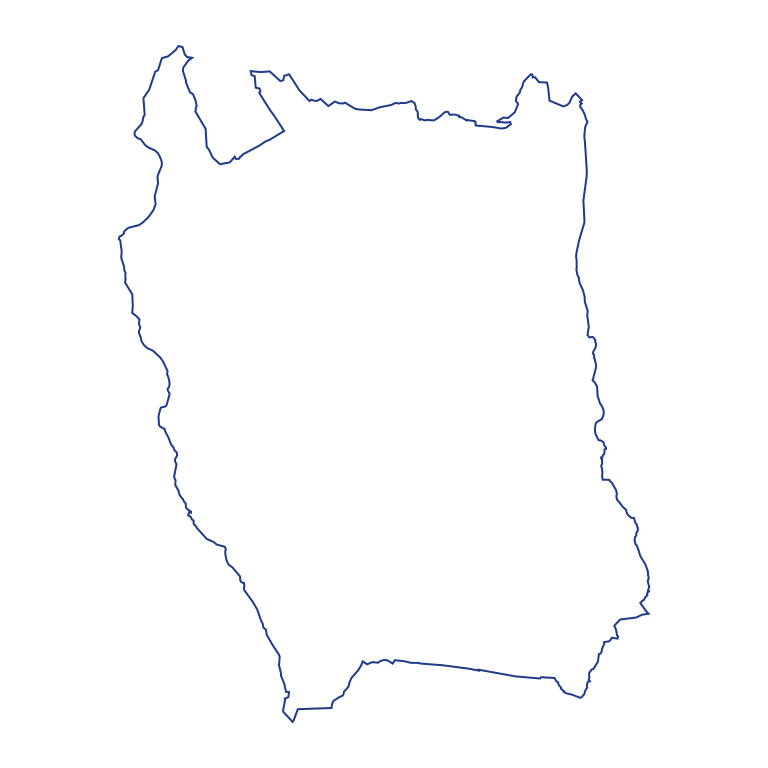 Malureni, Arges, Romania
{"feature_id": "2599482B85608070722935", "entity_name": "Malureni", "entity_type": "district", "adm_level": 2, "iso_a3": "ROU", "parent_name": "Romania", "parent_adm1": "Arges", "projection": "robinson", "projection_center": [24.772, 45.057], "detail": "fine", "context": "isolated", "style": "outline", "palette": "blue", "viewbox_px": 768, "rotation_deg": 0, "n_neighbors": 0, "source": "geoboundaries", "source_scale": "gbopen_adm2", "svg_char_len": 6077}
<svg xmlns="http://www.w3.org/2000/svg" viewBox="0 0 768 768"><path d="M646.0,611.0L640.3,602.9L642.9,600.3L644.0,599.9L645.2,597.3L647.4,595.2L647.0,593.9L647.5,592.7L648.9,591.3L647.9,591.0L649.2,586.7L647.9,582.2L647.9,579.9L648.6,579.2L648.6,577.0L648.0,575.0L647.9,571.5L645.5,564.6L640.4,556.2L637.6,547.6L636.8,545.6L635.6,544.3L634.6,541.0L634.9,537.3L636.2,535.5L636.3,533.3L637.9,530.2L637.8,527.7L637.0,526.2L636.8,524.7L635.3,522.6L633.9,518.0L631.3,517.8L627.7,514.7L626.5,511.9L626.1,509.9L622.3,506.4L619.1,501.9L617.3,500.2L616.4,497.2L616.8,492.8L615.8,489.6L611.7,482.5L610.0,481.2L609.3,479.8L602.7,479.7L602.1,476.3L602.4,472.0L601.8,467.7L601.2,466.4L602.3,462.5L601.9,460.5L602.2,459.1L601.2,458.6L601.0,457.4L602.7,456.7L602.7,455.4L604.2,454.1L604.7,449.3L606.0,448.9L606.0,447.7L604.4,445.6L603.4,442.1L600.7,440.4L598.6,440.2L595.6,434.2L595.0,431.2L595.1,427.0L595.7,423.7L597.0,421.9L602.0,419.0L603.7,414.2L603.6,410.3L602.2,406.7L600.0,403.3L597.6,395.8L597.0,386.4L594.6,382.2L592.6,380.5L595.9,368.1L596.1,365.2L594.8,359.3L594.0,357.9L594.3,355.7L593.8,354.5L592.8,353.7L593.3,351.6L595.8,347.1L596.0,343.7L595.2,341.8L595.3,340.1L593.4,337.4L592.0,337.0L589.3,337.4L587.5,334.8L588.8,326.8L587.2,315.3L587.7,310.8L584.9,302.0L584.6,296.6L582.9,290.1L579.9,283.7L578.9,279.7L578.9,277.6L578.0,276.3L577.1,273.7L576.4,269.4L576.7,267.5L576.6,260.4L576.1,256.4L576.4,253.1L579.0,240.7L584.5,222.1L583.4,200.5L586.7,176.1L586.8,170.8L584.9,141.5L584.3,137.2L584.7,135.7L584.3,135.0L585.3,126.6L587.5,121.8L586.0,119.1L584.9,115.0L582.8,110.5L580.1,106.6L580.4,104.5L581.7,103.6L579.9,101.8L582.1,100.2L575.7,93.3L572.2,96.6L569.3,103.1L566.6,105.3L563.2,106.4L549.5,100.6L548.2,88.0L547.0,82.5L539.0,82.2L535.0,77.2L532.8,77.5L532.3,74.6L530.8,74.3L524.1,81.2L523.1,83.3L522.2,86.9L520.2,90.2L520.1,92.1L516.6,96.6L515.8,100.6L518.1,104.1L514.8,112.2L508.1,118.0L503.5,117.6L497.3,121.1L497.6,122.3L500.0,121.9L504.9,122.6L510.3,122.1L510.8,124.3L505.7,127.9L501.4,128.5L491.6,126.9L475.6,125.5L475.6,122.2L474.9,122.0L474.8,121.2L466.6,119.9L466.5,120.4L461.4,117.2L459.1,117.0L459.1,115.7L454.5,114.5L449.8,114.8L448.0,111.9L446.4,111.7L444.5,112.4L439.4,117.0L434.0,120.4L427.0,119.9L424.7,120.4L421.1,119.1L419.8,119.9L418.0,117.8L417.7,111.9L415.9,109.4L415.6,106.1L414.5,103.0L411.4,101.1L405.3,103.1L401.1,102.9L398.9,103.5L395.5,102.9L391.2,105.0L379.6,107.3L371.6,110.2L359.0,109.5L354.9,108.7L345.0,102.6L343.7,103.4L339.4,103.4L334.8,101.6L328.4,106.1L320.5,98.9L317.0,100.9L314.2,100.7L311.4,99.7L309.6,101.0L299.6,90.6L289.1,74.3L284.2,75.8L283.3,80.3L280.3,81.0L269.7,71.4L260.6,72.1L250.7,71.1L251.6,75.2L254.7,76.1L255.7,87.7L259.5,88.5L260.3,91.8L259.3,93.0L270.3,110.5L274.8,116.6L284.1,131.0L270.0,139.6L265.4,141.5L258.8,145.9L242.6,154.5L241.7,155.9L240.1,156.7L239.4,158.5L238.6,158.9L235.7,158.9L234.7,156.7L229.8,162.4L220.0,164.2L212.8,157.7L209.0,149.7L206.7,147.0L205.6,128.8L195.4,111.5L195.8,109.9L195.7,107.9L196.7,106.0L195.5,100.3L192.9,94.0L190.0,92.5L185.9,82.2L186.0,80.8L182.9,70.8L183.3,67.5L188.2,60.7L192.1,57.8L187.1,57.0L184.8,54.5L182.5,47.1L178.4,46.1L175.7,50.0L168.0,56.4L161.9,58.1L158.1,70.1L155.2,71.7L149.2,89.7L143.4,98.2L144.7,114.8L143.3,117.1L142.7,120.9L141.7,123.8L134.8,131.6L134.5,134.1L135.1,135.9L137.9,138.4L140.5,139.1L145.3,145.2L148.3,147.5L155.2,150.6L157.8,153.1L159.7,156.3L161.2,160.0L161.8,162.2L161.8,165.5L157.8,175.4L157.5,178.0L158.1,183.1L154.7,196.3L155.6,203.7L155.2,205.6L153.3,210.3L148.6,216.9L143.5,221.9L139.2,225.0L128.2,227.9L124.3,231.2L123.8,233.7L120.8,236.2L119.5,236.5L118.8,239.1L120.2,240.3L121.7,251.6L121.2,257.7L123.9,266.2L124.4,270.4L125.5,272.9L125.3,276.4L125.6,279.1L125.0,282.4L132.3,294.4L132.8,306.3L132.2,313.0L136.1,315.8L139.4,319.3L139.0,324.0L140.3,327.5L138.9,331.8L139.2,333.7L140.7,337.2L141.4,341.0L144.0,345.2L147.3,348.1L153.0,350.7L160.6,357.9L163.4,362.1L167.5,371.1L167.1,374.7L168.0,376.1L169.3,380.9L169.5,384.1L169.3,386.6L167.6,388.8L167.8,390.5L169.4,393.1L169.4,394.9L166.5,405.3L165.2,406.5L160.9,407.6L160.5,408.4L159.0,413.8L158.5,417.1L159.1,425.4L160.4,426.8L164.6,429.0L165.4,431.9L168.4,437.4L171.3,445.1L173.2,446.9L174.6,450.6L176.3,451.9L176.9,453.3L177.2,455.3L175.2,459.0L174.9,461.0L175.9,462.8L176.4,464.8L174.2,476.2L174.2,477.5L175.5,480.1L175.3,485.1L178.4,490.4L179.6,494.9L181.9,498.3L183.0,499.1L183.9,501.5L185.6,503.2L186.0,507.5L186.8,508.7L191.0,511.7L190.9,512.8L189.1,512.1L188.1,515.3L189.6,516.0L191.0,517.5L192.2,519.8L193.6,520.5L193.6,523.1L194.1,524.6L195.6,525.7L196.8,527.9L206.7,538.9L213.8,542.1L216.6,544.5L224.8,546.8L225.9,549.3L225.3,550.9L225.3,553.8L226.2,559.0L227.3,562.1L228.7,564.6L232.6,567.6L240.0,576.4L240.3,580.5L241.1,581.9L242.8,582.9L244.0,583.0L244.4,586.5L243.8,588.0L244.3,590.2L252.3,601.1L257.2,609.4L261.1,620.8L262.7,623.6L263.4,627.6L266.0,629.8L266.7,634.8L272.8,645.4L279.0,654.7L279.7,657.2L279.0,665.4L281.0,673.2L281.0,675.7L284.3,683.8L286.0,691.8L289.1,692.1L288.3,697.2L284.8,698.6L285.2,699.3L283.0,710.8L283.2,711.7L292.6,721.9L293.9,719.7L297.8,709.2L331.5,708.0L332.0,704.8L332.8,702.0L333.5,700.9L339.4,697.1L342.8,695.5L343.6,693.9L344.0,691.6L348.3,687.0L349.5,682.4L351.5,677.9L358.1,670.4L361.4,665.0L362.7,661.4L367.1,664.3L372.5,662.1L378.0,662.7L380.7,660.9L384.6,659.8L387.8,660.5L392.6,663.6L394.9,660.2L404.0,661.2L411.4,662.9L417.9,662.9L421.0,663.6L442.1,665.2L469.0,668.7L478.8,670.6L478.5,669.7L515.6,676.4L540.0,678.5L541.1,677.2L554.6,678.0L556.1,681.1L558.2,682.4L558.2,683.5L559.0,685.4L560.9,687.4L560.9,688.6L564.0,691.2L563.7,691.7L565.8,693.2L571.5,694.5L580.3,697.8L581.6,697.2L584.4,694.0L585.0,691.2L587.2,687.3L586.8,685.3L587.6,682.5L588.1,681.6L589.9,681.3L588.8,679.6L589.4,677.3L589.0,674.9L589.2,673.1L591.4,669.7L593.4,668.9L597.9,661.7L598.9,654.1L600.7,653.5L601.7,651.4L601.9,649.0L604.3,643.7L604.1,642.1L608.8,641.4L610.3,640.3L611.8,637.8L617.5,638.6L618.1,636.3L617.0,635.4L616.1,629.9L614.3,625.7L620.2,619.5L636.2,617.5L642.1,614.7L648.5,613.7L646.0,611.0Z" fill="none" stroke="#1e3a8a" stroke-width="2"/></svg>